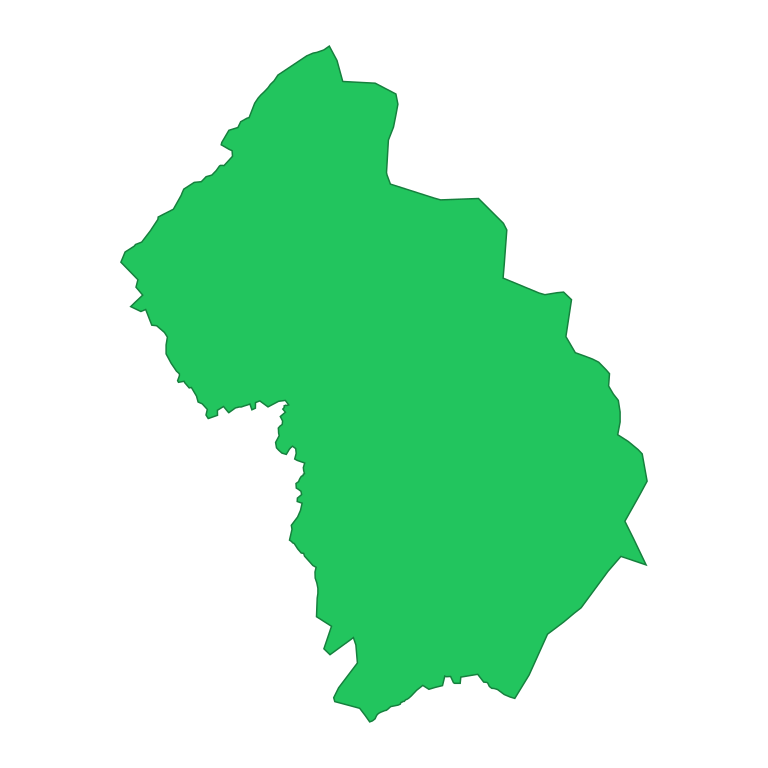 the district of Fune, Yobe, Nigeria
{"feature_id": "59680162B1470225488806", "entity_name": "Fune", "entity_type": "district", "adm_level": 2, "iso_a3": "NGA", "parent_name": "Nigeria", "parent_adm1": "Yobe", "projection": "robinson", "projection_center": [11.324, 11.889], "detail": "fine", "context": "isolated", "style": "filled", "palette": "green", "viewbox_px": 768, "rotation_deg": 0, "n_neighbors": 0, "source": "geoboundaries", "source_scale": "gbopen_adm2", "svg_char_len": 3522}
<svg xmlns="http://www.w3.org/2000/svg" viewBox="0 0 768 768"><path d="M289.5,540.1L291.5,541.5L292.6,542.8L294.2,543.5L297.7,548.9L301.2,553.0L303.7,553.4L304.5,556.1L312.9,565.5L316.1,567.3L315.0,572.0L315.2,578.1L316.8,582.8L317.9,588.3L317.9,591.6L317.9,593.4L317.2,598.1L316.5,616.7L331.5,626.3L323.9,648.8L330.0,654.7L353.4,637.6L355.9,645.0L357.4,663.0L338.6,687.8L333.7,697.7L334.8,701.6L340.4,703.1L351.2,706.0L359.7,708.3L365.2,715.5L369.7,721.9L372.4,720.9L375.1,718.8L376.2,716.3L377.3,714.5L378.9,713.2L380.8,712.2L384.8,710.6L386.3,710.3L387.7,709.3L390.7,706.6L398.1,705.1L400.3,704.1L400.9,702.5L402.1,702.1L402.8,701.5L404.2,701.4L404.9,700.6L405.7,699.7L406.8,699.4L408.6,698.3L411.3,695.9L416.7,690.2L422.8,685.4L428.9,689.3L435.2,687.4L442.5,685.6L444.8,676.1L445.8,676.6L446.8,676.7L450.1,676.5L450.6,676.5L453.5,682.7L454.6,683.3L460.2,683.3L460.8,677.1L477.7,674.3L483.7,682.1L486.8,682.4L487.7,683.0L489.4,686.5L491.7,688.3L494.2,688.5L497.5,689.5L504.2,694.5L510.1,697.0L514.8,698.4L529.1,675.0L547.5,634.2L563.7,622.0L574.2,613.2L581.1,607.8L608.0,571.3L620.9,556.4L646.1,564.9L633.7,539.0L625.0,521.5L624.9,521.2L638.3,497.4L639.8,494.7L647.1,481.2L642.2,453.9L638.1,449.6L628.3,441.5L617.7,434.7L620.1,422.0L620.1,412.0L618.3,400.4L613.3,394.0L608.6,386.0L609.5,373.7L606.3,370.0L598.7,362.2L592.6,359.1L585.0,356.2L575.3,352.7L565.9,336.6L571.5,299.7L563.6,292.1L557.2,292.7L544.9,294.7L539.0,293.0L503.1,278.1L504.3,263.6L506.8,230.0L503.4,223.3L478.5,198.5L440.6,199.9L433.9,198.0L390.4,184.1L387.0,174.9L386.5,172.6L388.4,140.1L393.5,127.1L395.8,115.5L397.9,104.2L395.9,94.0L375.2,83.2L343.1,81.5L342.7,81.3L337.0,60.5L329.3,46.1L323.7,50.0L316.8,52.4L313.1,53.1L306.8,55.8L278.0,75.0L277.9,75.1L274.0,80.9L270.4,84.4L268.0,87.8L264.1,91.9L260.9,94.9L258.1,98.1L254.7,103.2L249.1,117.6L247.0,118.2L240.7,121.7L237.9,127.5L228.9,130.3L221.8,142.4L221.2,144.8L229.2,149.4L232.1,150.7L232.5,156.3L224.0,165.6L222.7,165.4L220.4,165.4L219.4,166.1L216.2,170.6L211.8,175.1L206.1,176.7L201.3,181.7L194.2,182.4L183.8,189.1L182.2,192.7L181.2,195.3L173.4,209.2L164.4,213.8L158.2,217.0L157.9,219.4L151.0,229.8L150.9,230.1L141.7,242.1L135.5,244.5L134.3,246.1L125.1,252.0L120.9,262.2L137.9,279.7L136.0,287.2L142.7,295.1L136.3,301.2L135.3,302.1L130.7,306.6L140.9,311.5L145.7,309.5L151.8,325.2L156.6,325.7L164.4,332.4L166.9,336.3L167.4,337.0L166.1,345.0L166.1,353.9L171.2,363.4L176.5,371.2L179.4,373.8L179.4,375.8L177.6,380.7L178.5,382.3L184.1,381.3L184.8,382.8L189.2,387.9L191.4,387.5L196.5,396.1L198.1,402.0L202.2,403.8L207.3,409.4L206.0,415.0L208.2,418.5L208.4,418.5L217.5,415.3L217.4,410.3L223.5,406.5L228.6,412.6L228.8,412.7L233.1,409.6L235.6,407.8L236.9,407.6L239.0,407.0L241.2,407.0L244.4,405.9L247.7,404.9L249.9,404.0L251.9,409.8L255.4,408.2L255.5,402.6L259.8,400.9L268.0,406.9L278.6,401.3L285.3,400.4L288.7,404.9L286.9,405.5L285.7,405.2L284.1,405.9L284.3,407.3L282.8,409.1L285.4,412.2L280.3,416.5L282.6,421.0L282.2,424.5L280.0,426.1L278.3,428.1L278.5,430.4L278.6,433.1L279.2,435.6L277.7,438.5L275.6,442.4L276.5,447.8L278.8,450.3L281.9,453.1L286.3,454.4L289.3,449.3L290.8,447.6L291.7,446.9L292.5,446.2L295.7,448.6L296.2,453.4L294.7,459.0L297.2,460.4L304.7,463.0L303.3,467.7L303.5,468.9L303.6,470.2L304.5,473.7L303.3,474.2L303.0,475.6L301.5,476.2L300.7,477.2L299.5,479.3L298.6,481.6L296.0,483.5L296.3,488.1L298.2,489.2L301.0,491.3L301.6,494.6L297.4,498.1L297.2,501.5L302.1,503.2L300.5,510.4L297.6,517.0L291.3,525.3L292.0,529.3L289.5,540.1Z" fill="#22c55e" stroke="#15803d" stroke-width="1.5"/></svg>